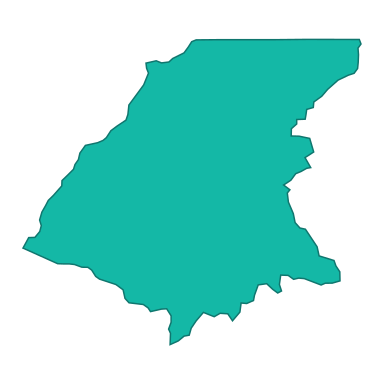 outline of Rolante, Rio Grande do Sul, Brazil
{"feature_id": "56859067B79381959059514", "entity_name": "Rolante", "entity_type": "district", "adm_level": 2, "iso_a3": "BRA", "parent_name": "Brazil", "parent_adm1": "Rio Grande do Sul", "projection": "albers", "projection_center": [-50.543, -29.636], "detail": "fine", "context": "isolated", "style": "filled", "palette": "teal", "viewbox_px": 384, "rotation_deg": 0, "n_neighbors": 0, "source": "geoboundaries", "source_scale": "gbopen_adm2", "svg_char_len": 1765}
<svg xmlns="http://www.w3.org/2000/svg" viewBox="0 0 384 384"><path d="M359.3,39.5L307.8,39.4L274.3,39.7L252.1,39.7L230.6,39.7L218.2,39.7L196.1,39.9L191.7,41.7L188.2,47.2L184.0,52.9L172.7,58.5L168.9,62.0L161.5,62.9L156.2,60.8L146.0,63.1L146.6,68.3L148.5,73.1L143.7,84.9L133.2,99.2L128.9,105.0L127.9,114.5L126.0,120.1L116.9,126.2L110.9,130.7L106.4,137.6L103.1,140.4L97.7,142.7L85.4,145.4L79.9,153.1L78.4,159.6L75.0,164.5L73.5,169.3L68.0,174.8L62.0,180.6L61.8,185.9L53.5,195.3L48.3,200.4L45.5,205.8L41.9,212.1L39.6,220.0L41.3,225.6L39.8,231.5L34.9,237.4L28.7,237.6L25.4,243.7L23.0,248.1L57.7,263.7L63.4,263.9L69.2,263.9L74.5,264.5L81.9,267.2L87.9,267.3L91.7,270.1L95.7,276.4L99.5,279.1L115.9,284.5L123.1,289.8L125.0,298.4L129.0,302.8L143.3,304.5L148.1,307.9L150.5,311.6L161.5,309.1L166.7,308.8L171.1,315.8L171.1,322.3L168.6,329.1L170.5,333.3L170.1,344.6L178.3,340.9L184.1,336.1L189.2,335.2L191.2,328.2L196.2,320.8L203.4,312.4L214.2,316.7L220.1,313.3L227.8,313.8L232.5,320.8L239.9,312.1L241.1,303.0L246.7,303.5L253.5,300.5L254.5,295.2L258.2,284.9L266.7,283.7L272.7,289.3L277.7,293.0L281.5,291.0L279.4,284.5L280.7,275.1L288.2,275.4L293.6,279.3L298.7,278.1L304.3,278.6L321.1,285.0L325.3,283.2L332.3,283.1L340.0,280.9L339.8,271.8L335.9,265.9L334.0,260.5L319.1,255.9L317.1,246.8L305.4,229.2L299.9,228.0L295.1,222.6L293.3,213.6L288.4,202.1L287.3,193.0L289.9,189.8L283.6,185.0L290.9,180.2L295.7,173.7L301.0,171.5L306.7,168.3L310.7,167.6L305.0,157.6L313.7,152.0L309.7,138.4L299.2,136.2L291.2,136.0L291.4,128.7L296.7,124.0L296.7,119.5L305.2,119.2L306.0,114.5L306.7,109.4L313.3,107.5L313.8,102.0L321.8,96.2L327.6,89.4L338.1,80.1L348.3,75.2L354.1,73.3L357.6,68.5L358.2,62.4L358.5,54.7L358.0,48.1L361.0,44.0L359.3,39.5Z" fill="#14b8a6" stroke="#0f766e" stroke-width="1.5"/></svg>